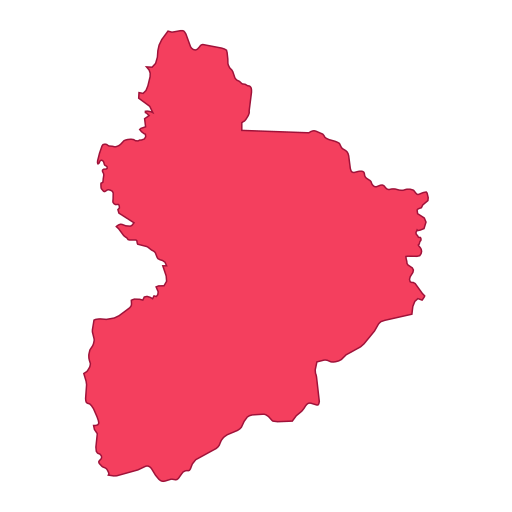 SVG path tracing the border of Vallée du Bandama
{"feature_id": "CIV-3450", "entity_name": "Vallée du Bandama", "entity_type": "Region", "adm_level": 1, "iso_a3": "CIV", "parent_name": "Ivory Coast", "parent_adm1": "", "projection": "robinson", "projection_center": [-5.056, 8.307], "detail": "fine", "context": "isolated", "style": "filled", "palette": "rose", "viewbox_px": 512, "rotation_deg": 0, "n_neighbors": 0, "source": "natural_earth", "source_scale": "10m", "svg_char_len": 6016}
<svg xmlns="http://www.w3.org/2000/svg" viewBox="0 0 512 512"><path d="M411.9,314.2L384.9,320.3L381.0,321.6L379.5,322.9L378.5,324.0L374.5,331.0L364.0,343.8L360.6,346.8L346.1,354.8L341.4,359.5L338.7,360.9L335.7,361.7L333.5,362.0L331.1,361.9L327.3,360.3L325.4,360.0L324.0,360.1L316.9,361.9L315.2,369.9L315.5,373.4L316.0,374.6L316.5,376.8L319.3,401.5L318.8,403.8L317.9,405.0L316.8,405.0L310.9,403.2L309.8,403.1L308.7,403.2L307.6,403.7L306.6,404.6L305.6,405.8L303.9,408.5L302.0,410.9L300.9,411.9L296.3,415.7L292.3,421.1L277.6,421.7L272.9,421.1L271.9,420.3L268.5,416.5L266.1,414.9L264.6,414.3L263.2,414.2L252.3,414.9L249.5,415.7L247.3,417.0L244.1,421.4L241.4,427.2L239.9,428.8L237.7,430.3L227.3,434.7L224.7,436.5L223.5,437.5L221.6,439.9L220.9,441.2L219.8,443.8L219.3,445.1L218.2,446.7L216.3,448.4L195.7,459.7L192.3,464.0L190.4,468.9L189.4,470.3L188.3,470.7L186.9,470.6L185.4,470.8L183.2,471.9L181.8,473.6L178.4,478.4L177.0,479.5L175.7,479.8L172.2,479.2L171.0,479.2L165.2,481.0L163.5,481.3L162.1,481.2L161.0,480.8L159.9,480.1L158.8,479.2L155.5,475.2L151.8,469.1L150.9,467.9L149.8,466.9L148.2,466.1L146.8,466.0L145.5,466.3L137.9,469.9L116.7,475.8L113.7,475.9L108.3,475.1L108.9,473.9L108.6,472.6L107.4,470.1L106.5,468.8L105.4,468.0L102.7,466.9L101.9,466.3L99.3,463.5L98.9,462.6L98.8,461.7L99.4,460.6L100.9,459.1L101.4,458.3L101.6,457.1L101.3,455.7L99.8,454.0L98.0,453.4L97.4,452.9L96.3,451.3L95.9,447.1L97.3,433.7L94.4,429.4L93.6,425.5L95.3,425.5L97.1,425.1L97.9,424.6L98.4,424.0L98.8,423.0L98.3,420.4L97.0,416.7L93.5,408.7L91.5,405.7L89.7,403.9L87.6,403.3L86.8,402.8L86.2,402.1L85.8,400.7L85.6,398.6L86.6,384.7L86.1,381.2L83.8,373.5L86.9,371.5L87.9,370.1L89.7,367.1L90.2,365.2L90.4,363.6L89.4,360.4L88.9,358.1L88.8,355.5L88.9,354.3L89.7,350.8L90.0,349.8L92.7,345.7L93.5,343.7L94.0,341.4L94.2,340.2L94.1,338.9L92.4,331.9L92.4,329.9L94.0,320.1L95.7,319.4L98.5,319.0L100.2,318.9L106.4,319.4L114.3,318.0L119.1,315.7L129.8,307.7L130.8,306.4L131.4,305.2L131.5,303.5L131.3,300.3L132.3,299.8L134.4,299.1L139.8,299.3L142.8,300.1L144.3,297.0L147.0,296.4L150.1,297.3L152.6,298.7L154.0,295.9L156.3,296.5L157.8,294.7L158.2,291.8L156.1,286.9L158.6,285.9L164.0,285.8L166.6,281.3L166.2,276.0L162.8,265.8L166.6,265.8L165.0,262.2L162.5,260.5L159.9,259.7L157.9,258.6L157.1,257.3L155.3,252.7L154.5,251.8L153.6,251.1L151.5,250.0L147.7,247.0L146.6,246.5L137.7,244.2L137.3,243.3L136.8,240.6L135.9,240.0L129.6,240.0L128.1,239.6L126.6,237.6L125.7,237.2L123.7,235.6L118.6,228.7L116.3,226.6L117.3,225.7L119.0,224.7L120.7,224.2L122.3,224.5L125.7,225.8L130.3,226.2L131.9,225.4L134.0,222.8L118.9,213.1L117.9,209.6L119.4,208.0L119.3,206.2L119.0,205.1L118.2,204.4L115.5,204.6L114.0,203.7L113.0,202.3L112.9,201.2L113.1,198.8L113.2,193.0L112.7,191.9L112.1,191.1L110.4,190.2L108.4,189.7L107.4,189.9L105.1,191.4L104.3,191.6L103.5,191.2L101.7,189.1L101.2,188.3L101.0,187.1L100.9,183.8L101.2,183.0L102.0,182.8L102.8,182.3L103.1,180.5L103.2,179.0L103.8,175.1L103.6,173.8L103.2,172.7L102.7,171.9L102.4,170.9L102.6,170.0L103.7,169.2L105.7,169.1L106.6,168.8L107.2,168.2L107.1,166.9L106.5,166.2L104.8,165.2L104.3,164.3L103.7,162.1L103.2,161.2L102.5,160.6L101.6,160.2L100.6,160.5L99.8,161.3L99.2,162.9L98.3,163.8L97.8,163.8L97.5,162.6L97.6,160.8L99.5,153.3L102.0,146.0L103.0,144.6L104.5,144.2L105.6,144.2L106.7,144.5L108.2,145.6L109.1,146.0L112.6,146.3L114.6,146.8L115.6,146.8L117.5,146.2L119.2,145.4L120.7,144.2L124.0,140.7L125.7,140.0L127.7,139.5L131.0,139.2L133.7,139.6L135.4,140.7L137.4,140.9L138.4,140.8L139.5,140.1L141.2,140.1L144.3,139.0L145.7,136.8L145.4,134.2L144.3,133.8L141.6,131.8L139.7,129.5L140.9,128.4L145.6,126.8L144.6,118.7L149.1,115.6L146.5,113.1L145.4,112.6L145.4,111.3L147.4,111.1L149.3,111.4L151.1,111.8L152.8,112.6L149.7,106.3L138.7,98.2L139.0,92.6L143.1,93.4L146.0,90.5L147.9,85.8L150.1,76.7L150.2,73.1L149.1,70.0L146.5,66.9L152.1,67.2L155.6,63.4L157.4,57.2L157.9,50.5L159.1,45.1L161.8,39.5L168.0,31.1L172.0,32.2L180.4,30.7L182.6,30.7L183.7,31.0L184.7,32.1L185.9,34.0L190.3,46.1L190.8,47.2L191.6,48.2L193.1,49.4L194.3,49.8L195.6,50.0L197.4,49.2L199.4,47.0L200.5,45.5L201.4,44.9L202.8,44.5L221.7,48.1L224.4,49.0L226.5,50.2L227.1,52.6L227.8,59.0L227.9,63.4L228.3,65.0L229.3,67.1L229.9,68.1L231.8,70.0L232.8,71.7L234.9,77.9L235.9,79.2L236.8,80.1L239.5,81.4L241.6,83.4L242.4,83.9L245.2,84.3L247.5,85.7L249.3,86.0L250.1,86.5L250.7,87.2L251.2,88.1L251.5,89.8L251.5,92.2L249.1,111.3L249.3,111.9L249.1,113.3L248.3,115.5L245.9,119.4L244.5,121.0L243.2,121.7L241.8,122.7L241.8,130.4L308.8,132.8L311.0,131.5L313.2,130.8L314.5,130.8L316.0,131.2L322.7,134.1L323.9,135.5L324.9,137.3L326.4,138.4L329.0,139.6L335.1,141.3L337.7,142.4L339.4,143.4L341.2,147.1L341.8,147.9L342.4,148.6L345.7,150.6L347.1,151.9L348.1,153.7L348.7,155.9L350.3,168.4L351.0,170.8L351.9,171.9L352.9,172.4L354.1,172.5L358.4,171.4L359.8,171.2L361.8,171.2L363.0,171.6L363.9,172.3L364.3,173.3L364.7,175.7L365.3,177.0L366.4,178.2L370.1,180.6L371.0,181.6L371.8,183.8L372.5,184.9L373.8,186.2L375.0,186.7L376.1,186.8L377.1,186.5L380.4,185.2L382.2,185.0L383.3,185.4L384.2,186.0L385.7,187.9L387.1,189.1L388.3,189.5L389.4,189.5L391.5,189.0L393.1,188.9L395.2,189.0L399.3,190.1L401.4,190.3L403.1,190.3L406.3,189.3L407.8,189.2L410.1,189.2L413.0,190.0L413.7,190.4L415.9,193.2L416.9,194.2L417.9,194.5L418.9,194.3L421.8,193.1L423.5,192.5L426.2,192.0L427.1,193.1L428.2,197.7L427.9,200.6L422.7,205.0L421.4,207.7L418.2,208.8L417.1,210.0L417.6,213.7L424.3,218.0L426.0,222.1L424.0,228.6L420.2,230.1L417.7,230.6L417.1,229.9L415.9,232.7L416.3,234.3L417.5,235.6L418.4,237.2L418.8,237.4L419.6,237.4L420.4,237.5L420.9,238.5L421.0,240.0L420.5,240.9L419.9,241.5L419.2,244.1L418.4,244.7L418.4,245.4L420.3,247.7L421.2,249.3L421.6,251.4L421.1,253.6L419.7,255.7L417.0,256.3L407.8,256.2L405.9,256.5L406.1,258.5L406.8,261.4L407.0,263.5L408.0,265.0L412.3,267.9L413.4,270.0L412.9,272.4L410.2,276.7L409.5,279.3L410.1,281.7L411.4,282.4L413.3,282.5L415.2,283.6L422.3,293.4L424.7,295.9L424.3,296.9L422.8,299.2L422.1,300.1L417.9,298.6L414.8,301.4L412.8,306.5L411.9,314.2Z" fill="#f43f5e" stroke="#9f1239" stroke-width="1.5"/></svg>